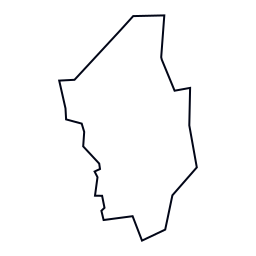 the district of Columbia, Pennsylvania, United States of America
{"feature_id": "52423323B8238929782503", "entity_name": "Columbia", "entity_type": "district", "adm_level": 2, "iso_a3": "USA", "parent_name": "United States of America", "parent_adm1": "Pennsylvania", "projection": "mercator", "projection_center": [-76.441, 41.043], "detail": "fine", "context": "isolated", "style": "outline", "palette": "ink", "viewbox_px": 256, "rotation_deg": 0, "n_neighbors": 0, "source": "geoboundaries", "source_scale": "gbopen_adm2", "svg_char_len": 478}
<svg xmlns="http://www.w3.org/2000/svg" viewBox="0 0 256 256"><path d="M120.6,30.0L74.5,79.8L59.2,80.6L65.5,108.4L66.1,119.4L81.7,123.6L84.2,131.9L83.2,146.4L99.2,163.6L100.0,169.0L94.6,171.5L97.5,177.2L95.0,195.7L102.1,195.8L104.5,207.8L101.4,210.8L103.6,220.0L132.6,216.2L142.0,240.6L165.2,229.6L167.8,217.3L172.4,195.3L196.8,167.4L189.3,125.4L190.1,87.9L174.6,90.7L161.8,59.7L161.2,57.2L164.3,15.4L133.2,16.1L120.6,30.0Z" fill="none" stroke="#020617" stroke-width="2"/></svg>